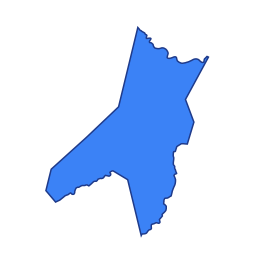 Tomala, Lempira, Honduras, rotated 287°
{"feature_id": "27666195B14707888377394", "entity_name": "Tomala", "entity_type": "district", "adm_level": 2, "iso_a3": "HND", "parent_name": "Honduras", "parent_adm1": "Lempira", "projection": "orthographic", "projection_center": [-88.742, 14.255], "detail": "fine", "context": "isolated", "style": "filled", "palette": "blue", "viewbox_px": 256, "rotation_deg": 287, "n_neighbors": 0, "source": "geoboundaries", "source_scale": "gbopen_adm2", "svg_char_len": 5594}
<svg xmlns="http://www.w3.org/2000/svg" viewBox="0 0 256 256"><g transform="rotate(287 128 128)"><path d="M227.0,108.0L145.5,112.8L106.9,91.0L66.1,66.6L44.1,67.8L36.0,80.4L37.3,81.8L38.5,83.2L39.0,83.7L39.3,84.0L39.6,84.2L41.1,85.2L43.3,86.7L44.1,87.2L44.7,87.6L44.9,87.8L45.4,88.4L45.8,88.8L46.3,89.6L46.6,90.0L46.8,90.2L48.4,91.4L49.1,92.0L49.0,92.5L48.9,92.8L48.6,93.2L48.5,93.4L48.4,93.7L48.3,94.0L48.4,94.4L48.5,94.9L48.7,95.3L49.0,95.6L49.4,95.8L49.8,95.9L50.1,95.9L50.7,95.9L51.6,95.7L52.0,95.6L52.7,95.6L54.2,95.7L54.9,95.8L55.3,96.0L55.6,96.0L56.0,96.4L56.3,96.8L56.6,97.1L56.7,97.5L56.9,98.1L57.1,98.4L57.4,98.7L58.1,99.3L58.7,99.9L59.5,100.8L59.6,101.0L59.8,101.6L60.1,102.7L60.2,103.0L60.5,103.7L60.9,104.1L61.2,104.5L61.4,104.9L61.5,105.3L61.6,105.5L61.2,107.5L62.1,108.1L63.5,109.0L66.8,110.9L67.1,111.3L67.4,112.0L67.6,112.4L67.7,113.0L67.8,113.1L67.9,113.3L68.3,113.6L68.8,113.9L69.2,114.0L69.9,114.2L70.1,114.3L70.4,114.4L70.7,114.8L71.2,115.5L71.7,116.3L71.8,116.7L71.9,117.3L72.0,117.6L72.3,118.1L72.6,118.5L73.0,118.9L73.6,119.2L74.0,119.4L74.6,119.5L75.1,119.7L75.6,120.0L76.1,120.3L76.3,122.6L76.4,123.8L76.5,124.1L76.8,124.4L77.2,124.7L77.6,125.0L77.9,125.0L78.2,125.1L78.7,125.0L79.0,124.9L79.4,124.6L79.6,124.3L79.7,124.2L79.8,123.9L80.1,123.7L80.3,123.7L80.6,123.8L81.0,124.1L81.6,124.6L81.8,124.9L82.1,125.2L82.3,125.5L82.5,125.9L82.6,126.4L78.5,142.8L29.0,172.1L29.6,172.2L30.2,172.3L30.6,172.5L30.9,172.8L31.0,173.0L31.1,173.4L31.3,174.0L31.8,175.0L32.3,175.8L32.5,176.0L33.0,176.4L33.5,176.6L34.1,176.8L35.6,177.3L35.9,177.5L36.6,177.9L36.9,178.1L37.0,178.3L37.1,178.5L37.3,178.9L37.5,179.1L37.6,179.3L37.9,179.5L38.1,179.6L38.4,179.7L38.7,179.7L38.9,179.7L39.3,179.6L40.1,179.2L40.7,179.0L41.9,178.7L42.1,178.7L42.3,178.7L42.5,178.7L42.7,178.9L42.9,179.1L43.2,179.4L43.9,180.6L44.7,181.6L45.3,182.1L45.5,182.4L45.7,182.7L45.7,183.1L45.9,185.3L46.1,185.6L46.5,185.9L47.1,186.1L47.4,186.1L49.7,184.8L52.9,186.2L53.7,186.5L53.9,186.6L54.1,186.5L54.7,186.2L55.2,185.9L55.4,185.9L56.0,186.2L57.9,187.3L58.7,187.7L59.2,187.9L59.7,188.1L60.1,188.2L60.4,188.3L61.2,188.2L61.8,188.2L63.2,187.8L63.8,187.6L64.2,187.5L64.4,187.4L64.5,187.2L64.9,186.7L65.2,186.1L65.7,185.3L65.7,185.0L65.8,184.6L65.9,184.3L66.1,184.3L66.6,184.1L68.2,183.8L68.4,183.8L68.6,183.6L68.8,183.6L69.5,183.5L70.8,183.6L71.3,183.7L71.5,183.8L71.6,184.0L71.8,184.3L72.4,185.9L72.7,186.4L73.1,186.8L73.6,187.3L73.9,187.5L74.5,188.0L74.8,188.2L75.0,188.4L75.2,188.8L75.3,188.9L75.5,189.0L75.8,189.1L76.4,189.1L79.7,188.9L80.3,188.8L82.5,188.9L85.0,189.1L85.5,189.2L86.4,189.3L87.2,189.4L88.5,189.4L90.0,189.2L90.9,189.0L91.6,188.8L92.4,188.6L92.9,188.3L93.3,188.0L93.9,187.6L95.1,186.6L95.8,186.0L95.9,185.9L96.1,185.8L96.4,185.9L96.7,186.0L97.1,186.1L97.4,186.3L97.6,186.5L97.9,186.8L98.2,187.3L98.4,187.5L98.7,187.8L98.8,187.8L99.0,187.7L99.5,187.2L100.5,186.4L101.5,185.8L102.1,185.4L102.3,185.2L102.7,184.7L103.1,184.4L103.6,184.2L103.9,184.1L104.2,184.1L104.4,184.1L104.8,183.9L105.0,183.8L105.2,183.6L105.5,183.1L105.8,182.7L106.1,182.4L106.5,182.0L107.4,181.7L108.4,181.4L109.0,181.3L111.3,180.9L112.5,180.6L113.0,180.4L113.3,180.3L113.7,179.9L114.1,179.7L114.4,179.5L114.9,179.3L116.0,179.0L117.0,178.8L117.6,178.6L118.3,178.6L118.6,178.6L118.8,178.8L119.0,179.1L119.0,179.5L119.2,179.8L119.3,179.9L119.6,180.1L120.0,180.1L121.8,180.1L122.8,180.1L124.0,180.1L124.3,180.1L124.6,180.2L125.7,181.1L127.5,182.7L128.4,183.5L128.6,183.8L128.8,184.3L129.1,185.3L129.6,187.7L130.0,189.4L152.9,189.3L172.1,174.6L219.3,184.2L219.5,183.5L219.5,182.8L219.5,182.6L219.1,182.4L217.9,181.8L216.5,181.0L216.2,180.9L215.0,181.0L214.4,181.1L213.8,181.2L213.5,181.3L213.4,181.2L213.1,181.0L212.8,180.8L212.6,180.5L212.5,180.1L212.4,179.8L212.4,179.3L212.5,178.9L212.8,178.0L213.1,177.3L214.0,175.6L214.0,175.3L214.1,175.0L214.1,174.3L214.1,173.7L214.0,173.0L213.8,172.4L213.6,171.9L213.3,171.4L213.0,170.9L212.7,170.5L212.3,170.1L211.1,168.9L210.3,168.0L209.2,166.8L208.5,165.8L207.8,164.7L207.1,163.7L206.0,161.5L205.8,161.1L205.7,160.6L205.6,160.0L205.6,159.3L205.7,158.6L205.8,157.9L206.0,157.1L206.3,156.4L206.5,155.8L206.7,155.5L206.8,155.4L207.4,155.0L208.1,154.5L209.1,154.0L209.5,153.7L209.8,153.3L209.9,153.0L209.9,152.7L209.9,152.4L209.8,152.1L209.6,151.6L209.4,151.2L209.1,150.8L207.9,149.3L207.3,148.4L206.9,147.7L206.7,147.3L206.5,146.5L206.4,146.1L206.4,145.8L206.5,145.4L206.6,145.1L206.8,144.9L207.1,144.8L207.8,144.7L208.6,144.6L209.3,144.6L210.2,144.6L210.7,144.6L211.2,144.5L211.6,144.3L212.1,144.0L212.4,143.7L213.0,143.1L213.6,142.5L214.1,141.6L214.4,141.2L214.5,140.8L214.7,140.0L214.9,139.0L214.9,138.6L214.8,138.2L214.7,137.5L214.5,136.9L214.2,136.5L213.7,135.7L213.3,135.1L212.9,134.4L212.7,133.6L212.5,132.8L212.4,131.7L212.3,130.6L212.4,130.4L212.5,130.1L212.6,129.8L212.9,129.4L213.3,128.9L213.6,128.6L213.9,128.3L214.1,128.2L214.8,127.8L215.0,127.7L215.3,127.4L215.5,127.1L215.8,126.4L216.1,125.8L216.2,125.5L216.2,125.2L216.2,124.8L216.2,124.5L216.1,124.1L216.1,123.9L216.1,123.7L216.4,123.4L216.6,123.3L216.8,123.2L217.0,123.2L217.3,123.2L217.8,123.2L218.7,123.6L219.4,123.8L219.8,123.8L220.0,123.8L220.3,123.7L220.4,123.3L220.4,123.0L220.3,122.7L220.1,122.0L219.8,121.3L219.2,120.0L219.1,119.7L219.2,119.3L219.3,119.2L219.6,119.1L220.8,119.0L222.0,119.0L222.2,118.8L222.3,118.7L222.5,118.4L222.5,117.9L222.5,117.7L222.7,117.3L222.9,117.0L223.0,116.8L223.6,116.3L223.7,116.2L223.8,116.0L224.1,114.6L224.4,113.4L224.4,113.1L224.7,112.4L224.9,112.1L224.9,111.7L225.0,111.1L225.1,110.8L225.4,110.4L226.1,109.5L227.0,108.0Z" fill="#3b82f6" stroke="#1e3a8a" stroke-width="1.5"/></g></svg>